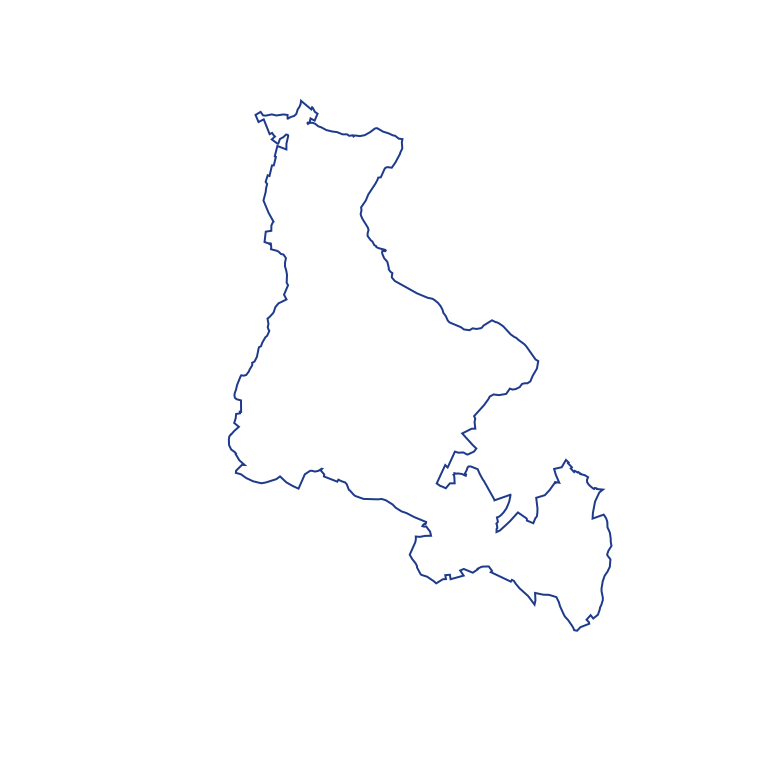 the district of Band, Mures, Romania, rotated 160°
{"feature_id": "2599482B93792228278876", "entity_name": "Band", "entity_type": "district", "adm_level": 2, "iso_a3": "ROU", "parent_name": "Romania", "parent_adm1": "Mures", "projection": "orthographic", "projection_center": [24.34, 46.58], "detail": "fine", "context": "isolated", "style": "outline", "palette": "blue", "viewbox_px": 768, "rotation_deg": 160, "n_neighbors": 0, "source": "geoboundaries", "source_scale": "gbopen_adm2", "svg_char_len": 6153}
<svg xmlns="http://www.w3.org/2000/svg" viewBox="0 0 768 768"><g transform="rotate(160 384 384)"><path d="M412.3,673.1L406.5,673.8L406.0,657.9L403.3,658.2L402.4,654.8L401.8,653.9L405.8,652.2L402.1,646.6L401.5,646.0L400.8,646.4L398.0,649.8L394.1,650.4L390.7,651.9L389.2,651.0L389.1,650.0L393.5,643.2L395.5,637.8L402.8,644.1L408.8,635.3L407.9,634.4L412.8,627.1L414.5,627.7L420.5,618.6L421.9,619.9L426.1,614.4L425.4,611.9L427.7,608.5L429.7,604.6L434.5,597.7L433.9,584.2L432.3,574.3L433.2,573.9L435.6,571.5L437.5,566.5L443.0,567.6L447.7,558.3L444.9,556.0L443.2,555.2L443.8,554.7L443.6,554.4L442.4,554.3L443.1,551.3L444.1,549.3L438.8,545.6L437.6,544.1L436.4,541.5L434.1,539.9L433.1,535.8L435.4,532.1L436.8,528.5L437.1,523.8L437.8,519.8L440.8,512.5L440.4,509.6L447.4,502.1L446.7,496.8L455.5,495.9L459.8,493.4L463.1,489.2L464.2,488.4L468.7,486.1L471.1,485.3L472.0,480.0L473.8,477.2L473.9,474.7L473.6,473.1L477.3,469.3L479.6,468.4L484.2,464.5L486.7,461.5L488.7,461.4L489.6,460.4L494.1,453.0L498.0,449.4L500.7,449.0L501.1,447.3L501.7,446.4L505.3,443.6L506.7,442.0L510.4,439.6L512.9,439.8L515.2,441.0L516.4,440.0L522.4,433.3L525.0,429.3L527.5,426.3L528.5,424.3L528.8,422.0L527.8,420.2L524.0,417.5L527.8,406.7L528.9,407.3L529.3,405.7L533.2,406.4L535.1,402.5L538.1,398.6L535.0,393.4L540.8,391.1L544.8,388.9L545.0,389.1L547.3,387.6L548.7,385.1L550.5,379.5L550.0,374.7L547.3,370.7L546.9,369.1L547.4,368.9L546.0,361.7L542.7,355.6L545.1,356.6L552.7,353.1L553.6,351.1L549.4,348.2L545.5,342.6L540.2,337.3L533.3,332.7L528.9,331.9L517.8,331.4L513.3,332.7L509.4,325.0L504.6,319.3L500.1,314.9L489.3,326.2L483.1,327.7L481.2,327.0L479.0,325.4L475.4,324.8L471.5,325.7L471.2,325.5L473.1,324.6L471.1,319.5L472.1,317.7L461.3,308.2L459.6,309.7L457.1,307.1L454.2,304.8L453.3,302.6L453.2,296.6L452.4,295.5L450.4,290.4L449.3,288.6L442.5,283.0L428.9,277.6L425.6,276.8L422.1,274.2L417.1,267.8L415.3,263.7L411.1,258.3L407.0,255.0L401.1,248.6L391.6,239.9L392.3,238.7L393.0,238.2L394.0,238.7L395.4,238.2L396.5,237.3L395.0,236.2L393.1,235.7L391.2,229.5L391.7,225.3L397.3,227.2L402.6,228.1L406.3,229.8L407.2,227.1L408.8,224.5L418.2,214.8L417.4,210.0L415.6,204.6L415.3,201.8L415.7,200.2L414.7,192.9L414.2,191.9L409.4,188.2L404.7,181.7L403.1,178.8L395.5,180.4L392.5,179.5L391.8,183.4L387.3,182.2L388.2,177.8L374.7,176.7L376.2,182.7L372.3,182.9L365.1,176.3L359.2,177.8L359.2,178.4L355.5,178.8L353.9,178.7L348.4,176.9L347.9,176.6L346.4,171.4L348.0,170.7L332.4,154.9L330.8,156.2L329.3,154.5L328.4,150.8L326.5,145.6L321.1,135.5L318.0,125.2L315.7,128.9L313.5,136.0L306.5,131.6L301.0,129.4L294.9,124.8L294.3,119.2L294.6,115.0L293.9,105.7L293.5,103.4L291.7,99.1L290.0,92.6L289.5,89.8L289.5,87.6L286.9,86.1L282.6,88.3L273.1,88.5L272.9,90.0L274.3,93.2L268.9,96.1L267.6,92.1L261.9,94.0L258.4,98.3L257.4,100.1L255.3,102.1L252.3,106.1L251.4,108.6L250.5,114.6L249.6,117.3L246.0,123.7L242.3,128.3L238.1,131.3L234.3,135.0L231.2,141.8L232.7,146.4L232.6,147.5L230.2,150.5L225.6,154.1L225.0,157.8L223.8,161.3L222.6,167.1L223.0,172.9L221.3,178.1L221.2,181.7L222.2,186.1L234.0,186.2L231.9,191.2L225.9,201.3L218.8,208.4L214.4,209.9L219.9,212.5L219.9,213.2L221.5,214.2L222.4,213.5L222.9,213.8L225.2,217.6L226.2,220.0L226.7,222.3L226.1,224.4L224.1,226.6L226.7,229.8L230.0,232.0L229.7,232.2L231.6,234.8L232.2,234.5L234.4,237.1L235.5,236.3L237.4,240.7L235.9,241.4L238.2,246.6L237.3,247.0L239.0,250.4L245.5,245.0L253.2,246.0L253.6,240.0L253.1,231.3L256.3,233.1L256.3,232.6L256.6,232.3L257.1,232.9L264.6,227.7L270.9,224.5L279.9,225.0L282.3,214.7L283.9,210.6L285.7,207.2L287.7,206.1L291.3,202.1L296.4,206.8L296.1,207.1L296.0,208.9L302.1,217.5L312.3,212.1L318.6,209.4L325.2,206.7L328.9,206.4L327.7,209.4L326.8,209.9L326.1,212.7L326.2,214.3L324.1,215.5L323.5,220.0L321.8,219.9L319.0,220.7L315.6,222.4L311.3,225.4L306.6,230.6L303.1,236.3L303.1,236.7L320.0,236.9L319.9,238.0L323.3,258.8L323.8,260.3L324.8,266.9L325.1,271.9L330.6,276.8L332.8,277.6L334.1,276.9L335.5,275.0L338.7,272.1L337.8,270.9L338.6,269.8L341.7,272.9L345.5,274.8L346.3,274.8L348.3,276.1L348.7,275.0L349.7,275.0L349.6,272.9L351.6,266.5L356.1,268.1L361.6,264.9L364.9,268.2L365.8,268.7L368.5,272.5L354.2,286.9L352.8,283.8L352.5,284.0L340.5,296.2L337.6,294.0L332.8,292.5L330.1,289.4L329.4,289.1L322.6,289.7L319.3,291.8L321.6,296.5L327.4,310.8L316.9,312.0L313.5,310.8L311.9,317.3L310.1,320.3L310.3,323.0L297.1,330.0L290.9,334.2L289.0,336.0L284.6,336.7L279.7,334.2L272.6,332.9L267.3,336.6L265.1,334.8L262.0,334.2L257.5,334.7L254.2,336.9L251.3,336.5L249.0,335.6L245.6,336.4L241.3,341.0L235.0,346.2L231.2,352.8L233.2,355.2L237.5,371.0L238.7,373.7L242.3,379.0L244.0,382.2L245.4,383.5L248.0,387.3L252.2,397.4L255.4,401.9L257.0,403.5L257.9,403.9L260.7,406.9L270.4,404.9L272.7,403.5L273.9,403.3L278.3,404.1L281.7,406.0L285.2,405.3L290.2,407.9L292.2,411.0L301.4,419.5L302.4,421.9L302.7,426.6L303.9,430.6L303.6,433.7L304.2,437.9L305.5,441.7L307.8,445.6L309.3,447.5L313.5,450.1L322.0,457.9L338.6,477.1L340.1,481.1L340.1,481.9L338.2,485.4L339.5,487.2L340.3,489.9L339.7,491.9L339.1,497.8L340.8,502.1L341.1,506.7L340.8,508.4L340.0,509.6L337.4,508.4L336.7,508.8L336.8,509.4L337.5,510.0L342.6,513.5L344.3,515.2L344.3,516.3L345.6,517.8L346.2,521.9L347.3,523.6L348.8,528.7L347.7,531.5L345.9,533.9L345.8,534.8L345.7,536.6L347.8,546.6L348.0,549.8L347.8,551.7L345.7,555.0L345.1,557.8L338.3,562.7L333.9,567.5L323.4,575.3L320.3,578.1L318.8,579.9L316.3,579.3L309.7,586.1L308.7,586.6L306.8,586.7L302.7,584.6L297.7,588.1L290.2,594.8L289.8,595.6L286.3,599.0L284.5,605.2L282.9,607.8L286.2,609.5L288.7,613.5L290.5,614.5L293.9,617.9L298.5,621.4L303.0,626.8L305.1,627.2L310.9,625.4L317.0,624.4L321.9,625.2L326.3,627.5L328.0,627.0L328.2,628.4L331.8,629.1L333.3,631.2L337.6,632.8L341.9,636.7L346.5,639.1L351.4,642.4L355.2,646.7L357.6,648.6L359.7,652.1L361.6,653.7L363.0,654.4L365.3,654.7L366.5,654.4L366.7,655.4L366.3,655.7L364.5,655.1L362.2,658.7L359.1,655.2L354.0,660.7L355.9,663.4L356.5,667.9L356.9,668.6L358.4,666.9L365.1,678.5L366.6,675.6L368.8,673.2L371.1,671.6L374.1,667.7L376.9,666.6L380.3,666.8L383.6,666.2L383.8,666.4L382.6,669.8L386.3,671.7L393.2,673.1L397.2,675.7L403.6,676.7L405.8,677.8L406.9,681.9L412.7,680.8L412.3,673.1Z" fill="none" stroke="#1e3a8a" stroke-width="2"/></g></svg>